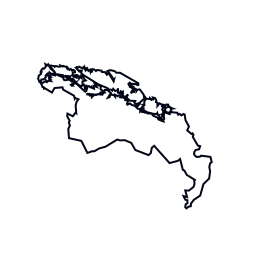 the district of Arendal nor, Aust-Agder, Norway, rotated 234°
{"feature_id": "86288312B9784031992888", "entity_name": "Arendal nor", "entity_type": "district", "adm_level": 2, "iso_a3": "NOR", "parent_name": "Norway", "parent_adm1": "Aust-Agder", "projection": "natural_earth1", "projection_center": [8.804, 58.499], "detail": "fine", "context": "isolated", "style": "outline", "palette": "ink", "viewbox_px": 256, "rotation_deg": 234, "n_neighbors": 0, "source": "geoboundaries", "source_scale": "gbopen_adm2", "svg_char_len": 6044}
<svg xmlns="http://www.w3.org/2000/svg" viewBox="0 0 256 256"><g transform="rotate(234 128 128)"><path d="M215.8,84.0L210.5,82.7L211.8,83.2L209.9,83.9L209.2,83.2L208.6,84.3L201.4,87.3L203.5,92.1L199.4,98.9L197.1,98.1L185.9,103.3L183.1,102.2L183.4,102.9L180.3,104.8L179.5,101.9L176.9,98.8L170.6,95.0L171.4,94.9L169.9,90.3L175.2,87.5L173.3,85.7L168.0,85.0L167.3,83.4L164.2,82.5L162.3,79.1L154.5,74.3L145.0,82.7L131.7,80.5L130.2,85.5L129.0,86.9L128.4,92.7L126.1,98.8L125.0,112.5L122.6,114.3L120.1,118.2L114.0,121.9L105.9,121.0L94.0,128.7L94.3,131.7L98.0,135.6L98.2,138.7L75.2,141.0L72.1,149.1L72.3,151.9L62.0,147.8L60.2,148.6L55.4,148.0L46.7,151.6L46.5,150.6L43.7,149.0L41.8,146.4L41.6,140.5L43.8,137.6L37.4,135.2L40.3,132.9L36.4,132.2L34.7,133.6L32.2,131.9L32.4,129.9L30.4,127.8L28.6,128.1L28.8,130.7L27.8,132.8L29.9,134.6L31.2,139.2L30.9,146.7L38.3,156.1L39.4,163.9L44.6,168.9L48.7,170.9L51.2,173.8L51.2,175.7L56.2,177.7L62.6,170.9L62.5,169.4L64.2,166.6L66.2,165.9L68.2,166.1L69.7,167.7L70.4,169.9L69.0,173.0L70.9,175.7L72.7,174.2L74.1,174.3L82.7,175.2L84.1,177.0L85.7,177.1L85.8,175.9L91.3,174.5L93.4,178.2L100.4,179.1L105.6,181.7L106.7,181.2L106.8,178.6L109.1,178.0L109.3,176.4L111.4,176.8L115.0,172.8L115.7,171.1L114.7,169.9L118.7,167.2L118.8,166.1L117.5,164.8L117.9,165.0L118.0,164.8L114.1,162.6L114.2,161.3L112.5,160.7L113.0,160.1L117.1,157.6L118.9,158.1L123.2,155.6L126.0,155.5L128.2,152.4L130.5,151.6L129.6,150.6L130.6,151.0L132.9,148.7L133.1,149.8L134.6,149.5L135.3,149.0L134.9,148.0L136.3,149.0L137.8,147.2L142.3,146.5L144.2,144.7L146.8,144.0L147.1,141.3L148.0,141.2L149.9,144.1L152.9,141.6L152.3,142.7L153.4,143.1L155.5,141.9L156.5,142.3L156.6,140.6L157.5,139.7L158.7,141.3L160.0,139.3L159.7,138.4L162.6,137.0L161.0,136.0L162.8,135.9L164.6,134.3L165.1,132.7L163.8,131.2L164.3,129.6L166.3,134.8L170.7,133.6L172.5,131.6L172.0,130.5L170.3,130.1L170.9,129.1L170.1,126.9L170.9,126.7L171.0,125.6L172.4,124.5L173.7,121.2L174.7,120.4L174.2,117.0L175.6,118.0L176.6,116.1L178.2,116.0L179.6,114.1L179.4,115.5L174.1,121.3L172.4,124.8L172.9,126.7L171.6,128.2L172.2,129.6L175.4,128.6L177.7,130.4L181.7,128.6L183.2,127.2L179.5,126.9L182.3,124.9L179.8,123.6L181.8,122.4L183.0,122.7L183.0,121.5L184.9,121.0L185.3,118.7L186.6,119.4L187.1,118.6L186.3,117.7L186.8,117.2L185.0,116.2L183.9,117.9L182.4,115.9L182.5,114.7L194.5,112.2L195.8,110.2L195.2,109.1L196.0,107.7L194.9,107.9L195.4,107.2L196.5,107.2L196.1,111.7L197.6,111.3L198.1,111.6L199.2,110.6L198.3,110.5L198.7,109.6L200.0,109.8L202.4,107.9L203.4,105.4L204.7,104.5L207.1,105.2L212.8,101.8L214.6,100.0L213.7,99.6L216.1,97.7L216.6,94.5L214.5,95.5L214.9,94.0L213.7,94.0L215.2,92.7L213.8,93.5L212.5,93.4L213.3,92.9L212.9,92.4L211.8,92.7L212.9,91.6L212.9,90.3L214.4,89.8L213.1,89.2L214.3,88.3L214.7,84.9L215.6,84.9L215.8,84.0ZM207.5,121.2L202.2,121.8L201.8,122.5L203.2,122.2L201.6,124.3L200.0,122.4L196.7,123.2L180.5,129.8L172.3,134.8L170.2,135.0L169.3,136.6L167.5,137.3L168.4,139.0L165.5,139.4L164.7,141.7L166.0,143.3L162.6,140.6L161.0,141.8L162.1,143.6L160.7,144.5L159.9,143.9L160.1,145.0L158.9,144.2L159.7,143.0L156.5,143.0L154.4,144.3L155.1,146.1L155.0,147.8L153.9,145.1L152.6,144.8L148.9,145.7L145.6,149.7L144.9,148.1L139.9,148.4L140.5,150.9L141.5,149.5L142.3,149.7L141.5,151.8L142.5,160.0L143.3,160.0L143.2,159.0L145.9,160.3L152.3,160.2L153.5,158.1L152.8,156.3L154.7,157.3L156.5,156.5L153.6,154.0L154.8,152.8L154.4,151.9L154.4,151.6L154.6,151.5L154.8,151.4L155.6,152.5L155.0,153.5L156.0,154.5L156.7,153.7L156.4,154.5L158.1,156.3L158.3,154.7L159.4,154.1L159.4,155.5L160.3,156.1L161.6,155.4L161.0,153.9L163.5,154.3L163.7,156.1L162.1,156.5L158.7,160.3L157.0,160.9L156.8,161.8L158.2,162.6L177.4,154.0L179.5,151.1L181.9,150.6L185.2,147.7L186.1,145.1L179.2,145.2L175.6,144.6L175.7,145.6L174.2,143.8L182.7,144.5L184.3,143.9L184.8,142.5L182.6,142.2L185.3,142.2L186.2,142.8L188.6,139.9L189.9,140.3L193.1,137.1L192.9,135.6L195.4,135.0L196.0,132.9L196.6,133.4L196.8,132.7L194.0,131.7L196.2,131.5L195.6,130.7L197.5,131.5L197.5,129.6L199.9,130.0L199.5,129.1L200.8,129.2L199.9,127.6L202.6,128.3L202.0,127.4L202.6,126.9L203.4,127.8L203.2,126.2L206.3,124.5L206.1,123.4L207.4,122.5L207.5,121.2ZM216.2,101.6L214.2,101.1L209.0,106.4L203.6,108.3L203.3,109.3L204.6,109.3L207.3,107.7L204.0,111.4L202.9,110.5L203.7,110.0L203.1,109.3L199.9,112.4L197.7,112.6L197.5,111.5L195.9,112.4L195.6,113.5L194.9,112.5L188.3,114.6L190.5,114.9L189.2,115.4L188.7,118.5L189.7,117.2L190.8,117.4L192.4,118.4L191.3,121.8L193.8,121.3L196.1,122.2L197.8,120.9L195.7,119.7L197.8,119.2L196.9,117.6L198.8,118.5L200.6,118.1L201.2,117.5L198.8,116.1L200.1,115.2L199.7,116.3L202.0,115.8L202.1,114.5L203.5,113.4L203.6,114.7L205.3,115.9L204.3,117.9L205.5,118.6L207.3,117.9L207.7,116.8L206.5,116.5L209.4,116.4L209.4,114.9L211.6,114.7L210.6,114.2L211.0,113.7L213.7,113.9L216.3,112.1L216.1,111.3L218.2,110.1L217.4,109.9L217.8,108.5L220.6,106.0L220.6,104.6L221.5,104.7L224.8,101.3L216.2,101.6ZM136.5,150.9L135.7,150.6L134.8,152.2L133.4,151.1L129.6,152.7L124.5,156.9L122.5,159.4L122.9,160.5L121.2,159.8L120.4,160.7L116.3,159.0L113.6,160.2L116.9,160.8L117.4,163.1L119.3,162.9L119.1,165.1L120.0,165.6L119.5,166.1L120.7,167.1L122.8,166.4L124.0,168.4L122.8,169.7L125.4,170.8L126.2,170.2L125.3,167.5L126.4,169.5L129.4,168.0L128.5,164.7L131.0,166.6L132.5,165.8L133.3,167.0L136.3,167.5L138.0,166.1L136.6,165.7L136.3,165.2L137.9,164.0L136.2,163.4L139.2,163.2L138.6,162.6L141.1,159.9L139.8,156.7L137.7,155.2L138.1,153.6L136.8,154.3L136.5,150.9ZM220.7,84.3L217.2,83.4L217.0,84.3L218.1,86.5L216.8,88.4L217.4,91.6L219.4,92.1L218.8,92.1L219.2,94.1L217.8,94.1L219.2,95.5L218.4,96.7L219.0,97.2L217.0,97.6L215.0,100.8L216.9,101.5L221.5,100.2L226.4,100.8L226.0,99.7L228.2,98.7L226.2,98.0L225.5,96.1L225.4,94.6L226.3,94.2L225.9,92.1L224.6,91.4L225.2,91.0L224.8,90.2L222.9,89.5L222.8,86.6L220.7,84.3ZM120.4,168.3L118.3,168.3L116.2,170.2L116.1,171.9L117.4,171.8L116.3,172.2L116.5,173.1L118.3,173.8L117.3,175.8L121.2,173.3L121.2,174.0L122.5,173.4L123.3,174.2L124.5,172.8L123.8,170.3L122.0,170.9L122.3,170.0L120.4,168.3Z" fill="none" stroke="#020617" stroke-width="2"/></g></svg>